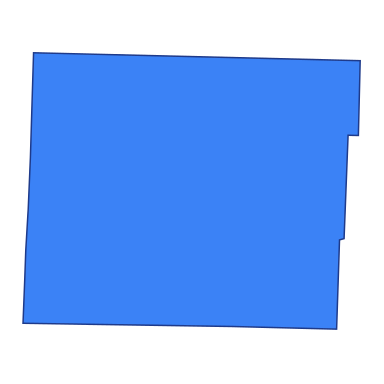 Jay, Indiana, United States of America (Equal Earth projection), rotated 182°
{"feature_id": "52423323B29705647832247", "entity_name": "Jay", "entity_type": "district", "adm_level": 2, "iso_a3": "USA", "parent_name": "United States of America", "parent_adm1": "Indiana", "projection": "equal_earth", "projection_center": [-84.999, 40.439], "detail": "fine", "context": "isolated", "style": "filled", "palette": "blue", "viewbox_px": 384, "rotation_deg": 182, "n_neighbors": 0, "source": "geoboundaries", "source_scale": "gbopen_adm2", "svg_char_len": 386}
<svg xmlns="http://www.w3.org/2000/svg" viewBox="0 0 384 384"><g transform="rotate(182 192 192)"><path d="M42.7,60.0L42.9,149.3L38.4,150.7L38.0,250.4L38.0,254.2L34.3,254.2L27.7,254.3L28.5,329.1L355.2,325.6L355.0,281.5L355.0,281.4L354.7,220.7L355.1,168.1L355.2,165.1L356.1,127.5L356.1,100.5L356.3,54.9L147.0,59.0L42.7,60.0Z" fill="#3b82f6" stroke="#1e3a8a" stroke-width="1.5"/></g></svg>